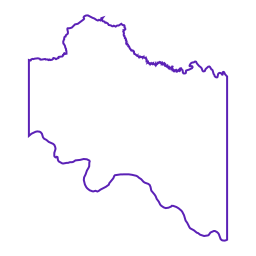 the district of Mirití-paraná (Campoamor), Amazonas, Colombia
{"feature_id": "7082276B32823628766031", "entity_name": "Mirití-paraná (Campoamor)", "entity_type": "district", "adm_level": 2, "iso_a3": "COL", "parent_name": "Colombia", "parent_adm1": "Amazonas", "projection": "robinson", "projection_center": [-71.095, -0.731], "detail": "fine", "context": "isolated", "style": "outline", "palette": "violet", "viewbox_px": 256, "rotation_deg": 0, "n_neighbors": 0, "source": "geoboundaries", "source_scale": "gbopen_adm2", "svg_char_len": 5575}
<svg xmlns="http://www.w3.org/2000/svg" viewBox="0 0 256 256"><path d="M227.1,239.7L227.1,76.5L225.1,74.3L224.1,72.2L223.4,71.9L222.8,72.2L222.6,72.9L222.7,74.4L222.5,74.7L222.2,74.7L221.3,73.5L220.4,73.0L219.4,72.9L218.6,73.4L218.1,74.1L217.5,77.0L217.0,77.4L216.1,77.3L215.4,76.9L214.7,76.2L214.4,75.0L213.6,73.9L212.6,70.3L212.0,69.6L211.4,69.4L210.0,67.0L209.4,66.5L208.2,66.7L206.1,68.6L205.5,69.3L204.8,71.0L203.8,71.4L203.1,71.3L202.5,70.7L201.6,68.2L200.3,66.8L199.5,66.4L198.2,65.0L196.8,63.3L196.1,61.8L195.4,61.6L195.1,61.5L193.7,62.4L192.3,62.5L191.4,63.0L190.7,63.5L189.6,65.4L189.6,66.0L189.8,66.2L191.8,66.1L192.3,66.4L192.6,67.1L192.0,68.2L189.1,69.6L186.2,70.5L185.9,71.0L185.9,72.6L185.7,73.1L185.4,73.3L184.2,73.5L183.5,73.4L182.9,72.6L182.6,70.3L181.7,69.5L181.2,68.3L180.5,68.3L180.5,68.8L179.8,68.9L179.3,69.4L179.5,69.6L180.0,69.5L180.2,69.8L180.0,70.7L179.5,71.1L178.3,70.2L177.7,71.2L176.9,71.7L176.6,71.4L176.5,70.2L176.1,69.8L175.7,70.1L175.7,70.4L175.2,70.6L175.1,70.3L174.6,70.3L174.5,70.9L174.3,70.7L174.0,70.9L173.9,70.4L173.4,70.6L173.0,69.6L172.4,70.0L172.2,69.2L171.8,69.2L172.2,68.7L172.0,68.4L172.3,68.2L172.2,67.4L172.5,66.6L172.2,66.5L171.6,67.5L170.7,67.5L169.6,68.4L169.2,67.3L168.7,67.9L168.0,66.5L167.8,67.1L167.5,66.7L167.2,66.6L167.4,66.4L167.4,66.2L166.9,66.2L166.8,65.9L166.5,66.3L166.2,65.9L165.9,65.9L166.1,65.6L165.3,65.4L165.1,65.2L164.9,64.9L165.2,64.0L164.3,63.1L163.8,63.6L163.4,63.5L163.5,64.0L163.2,63.7L163.2,64.1L162.7,64.1L162.6,63.9L162.5,64.2L161.9,63.6L161.9,63.3L161.7,63.5L161.7,63.3L161.4,63.2L161.3,63.5L161.1,63.2L161.4,63.0L161.1,62.8L160.9,62.9L160.7,62.4L160.3,62.7L159.7,62.1L159.3,62.5L159.0,62.3L158.4,62.5L158.5,62.7L158.1,62.7L158.3,63.1L157.3,63.5L157.4,63.8L157.1,64.1L156.7,64.0L156.4,64.5L156.3,64.2L156.1,64.2L155.7,64.3L155.6,64.5L155.5,64.0L155.3,64.4L154.6,64.5L154.5,64.2L153.5,63.9L153.2,64.0L153.2,63.6L153.0,63.8L152.8,63.4L152.3,63.8L152.0,63.5L151.9,63.9L150.7,63.4L150.7,63.9L150.5,64.1L150.4,63.3L149.9,63.2L149.7,63.4L149.8,63.6L149.4,63.8L149.1,63.2L148.7,63.1L148.7,62.8L148.6,63.0L148.0,62.9L148.0,62.2L147.7,62.4L147.8,62.1L147.3,61.9L147.3,61.3L147.0,61.3L147.1,61.1L146.8,60.9L146.5,60.9L146.5,60.3L146.7,60.2L146.7,59.6L146.5,59.2L146.3,59.3L146.1,58.5L145.8,58.3L145.8,57.9L145.6,58.0L145.5,57.7L144.6,57.8L144.0,57.3L143.4,57.6L143.4,57.1L143.1,57.4L143.1,57.1L142.3,56.9L141.7,57.2L141.1,56.9L140.5,57.0L140.2,56.7L139.7,57.3L139.4,57.0L139.1,57.1L139.1,56.7L138.9,56.8L138.7,56.5L138.4,56.4L137.5,56.0L137.5,55.6L137.3,55.8L136.9,55.7L135.3,54.2L134.4,54.0L134.0,52.9L134.1,52.2L134.0,51.8L133.7,51.9L133.5,51.6L133.6,51.2L132.9,50.5L132.7,50.5L131.6,50.6L131.5,50.1L131.0,50.1L130.5,49.1L129.8,48.6L129.5,47.3L129.0,46.9L129.0,46.5L128.3,46.3L128.4,45.7L128.0,44.8L127.2,44.3L127.2,44.1L126.9,44.3L126.7,43.9L126.2,43.7L126.2,42.8L126.6,41.5L126.3,41.4L126.2,40.4L125.9,40.3L126.0,39.2L125.6,38.5L124.9,38.3L124.9,38.0L125.1,37.4L124.3,36.5L124.1,36.0L124.3,35.7L123.7,35.1L123.7,34.2L124.0,33.2L123.6,32.5L123.7,31.9L123.3,31.4L123.6,31.0L123.5,30.1L124.4,30.1L125.3,29.3L125.2,28.2L124.5,27.6L124.6,26.2L124.4,25.5L123.9,25.1L123.3,25.3L122.3,24.8L121.3,23.8L118.7,25.5L117.3,25.5L116.5,25.9L115.7,26.6L113.8,25.7L112.9,26.3L112.1,26.2L110.9,25.4L108.7,25.0L107.9,23.6L106.3,22.6L105.3,22.8L104.5,21.6L102.8,21.2L102.3,20.5L102.1,19.3L102.2,18.5L102.8,17.7L101.3,18.2L101.0,20.1L100.6,20.5L99.0,19.8L98.4,20.3L97.8,20.5L96.4,19.9L94.4,18.5L92.5,17.8L87.9,15.4L86.0,15.5L84.3,16.3L83.6,17.3L84.1,18.8L83.7,19.4L77.8,23.8L75.0,24.4L71.8,27.6L69.8,28.2L67.6,28.3L67.4,28.7L67.4,29.7L67.9,31.7L67.9,33.2L67.6,33.9L66.1,35.0L65.8,35.5L65.6,36.5L64.7,36.8L64.4,37.2L64.1,38.8L64.2,39.3L63.7,40.1L63.2,41.8L63.4,43.6L63.9,44.0L65.0,46.0L65.3,47.6L66.1,49.1L66.0,50.1L66.4,50.9L66.5,53.7L65.4,53.9L65.0,53.8L64.4,53.2L64.2,53.3L64.0,53.5L64.2,54.3L63.0,54.9L63.0,55.6L62.4,56.4L58.7,56.9L58.3,57.4L58.4,58.1L57.1,58.5L56.2,59.1L55.8,59.1L55.0,58.4L53.7,58.0L53.3,58.1L53.0,59.0L52.1,59.7L50.7,60.0L50.3,59.8L50.0,60.0L49.2,59.5L48.8,60.0L48.5,60.1L47.2,59.4L45.6,59.5L45.1,59.0L41.6,59.6L40.3,59.6L39.8,58.8L37.9,58.3L34.6,58.7L33.5,59.1L32.5,58.9L31.7,59.2L31.0,59.6L30.9,60.2L30.6,60.5L28.9,60.0L28.9,135.9L31.5,133.7L35.5,131.8L37.3,131.4L39.6,131.7L40.7,132.3L41.9,133.7L43.0,137.3L44.1,138.7L46.4,139.9L48.7,141.9L53.0,143.8L54.3,144.9L55.1,146.7L55.5,148.5L55.4,149.4L54.3,152.9L54.3,155.9L54.6,156.6L55.6,157.4L56.1,157.4L56.7,156.8L57.4,157.0L57.6,157.6L57.9,159.9L58.7,161.4L62.3,163.4L63.3,163.5L66.5,162.9L68.0,162.9L69.9,162.2L72.0,162.2L73.4,161.8L75.4,160.4L80.1,159.9L83.7,159.0L86.9,159.3L89.4,160.6L89.7,161.5L89.3,162.6L89.2,166.3L88.5,167.9L86.9,170.6L85.6,174.4L84.1,177.4L83.8,180.0L84.9,184.5L86.3,187.2L87.4,188.5L89.7,190.3L92.4,191.3L93.4,191.4L95.5,190.8L97.4,191.5L98.6,191.0L100.5,189.6L105.9,186.8L108.8,184.7L109.3,183.2L113.3,178.3L114.3,175.9L115.0,175.2L120.6,174.4L128.6,174.3L132.0,174.8L136.3,175.8L137.6,176.5L138.9,177.7L141.2,179.2L143.5,181.8L144.9,182.7L148.3,183.9L149.7,185.0L150.5,186.9L151.3,190.6L154.6,194.6L155.7,196.3L156.7,198.9L158.8,201.7L160.2,204.6L161.2,205.7L163.7,207.4L165.7,208.1L168.5,207.7L171.2,206.5L171.7,205.8L173.3,205.9L176.4,207.0L178.7,208.4L181.3,210.6L182.2,211.7L184.0,215.2L185.6,220.6L187.2,222.8L189.5,227.4L190.2,228.3L193.9,230.3L196.8,232.7L198.1,233.1L200.1,234.7L204.1,236.0L208.0,235.4L208.6,235.1L210.5,232.5L213.8,231.0L214.9,231.0L216.9,232.0L218.3,233.3L218.9,234.3L220.6,239.0L221.7,240.1L222.9,240.5L224.7,240.6L225.9,240.3L227.1,239.7Z" fill="none" stroke="#5b21b6" stroke-width="2"/></svg>